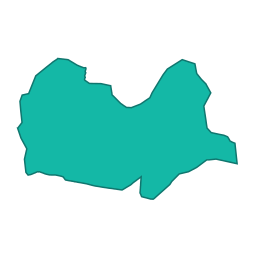 the district of Tosoncengel, Dzavhan, Mongolia, rotated 272°
{"feature_id": "93677404B60721538910841", "entity_name": "Tosoncengel", "entity_type": "district", "adm_level": 2, "iso_a3": "MNG", "parent_name": "Mongolia", "parent_adm1": "Dzavhan", "projection": "equal_earth", "projection_center": [98.252, 48.497], "detail": "fine", "context": "isolated", "style": "filled", "palette": "teal", "viewbox_px": 256, "rotation_deg": 272, "n_neighbors": 0, "source": "geoboundaries", "source_scale": "gbopen_adm2", "svg_char_len": 4609}
<svg xmlns="http://www.w3.org/2000/svg" viewBox="0 0 256 256"><g transform="rotate(272 128 128)"><path d="M198.2,179.8L188.3,165.3L182.4,161.2L164.1,150.9L159.0,148.8L155.2,143.5L154.9,143.2L152.3,139.6L149.3,132.6L149.0,132.0L149.0,131.8L148.6,131.1L148.6,130.9L148.4,130.7L148.5,129.1L148.5,128.1L148.5,127.9L148.5,127.5L148.5,127.3L148.5,126.1L148.5,125.9L148.5,125.7L148.9,125.1L149.1,124.8L149.4,124.4L149.5,124.2L149.7,123.8L150.6,122.4L151.5,121.1L151.6,120.9L152.2,119.9L154.5,117.4L154.9,117.0L155.1,116.8L156.9,114.9L157.0,114.8L157.1,114.6L157.3,114.5L159.8,111.8L160.0,111.5L160.5,111.0L160.7,110.9L161.2,110.8L161.8,110.7L162.2,110.7L163.5,110.4L164.4,110.2L164.7,110.2L165.0,110.1L168.6,109.4L168.8,109.4L169.7,109.2L169.7,108.8L171.4,99.4L171.2,90.1L171.2,89.9L171.2,87.9L171.7,87.0L172.1,86.5L172.2,86.3L172.7,85.5L172.8,85.4L173.0,85.0L173.5,84.3L173.6,84.2L173.9,83.7L174.0,83.5L174.2,83.3L174.3,83.1L174.5,83.0L174.9,82.9L175.1,82.9L175.3,82.9L175.5,83.0L175.8,83.0L176.0,83.0L176.4,83.2L176.6,83.3L176.8,83.4L176.9,83.5L177.0,83.5L177.3,83.5L177.4,83.4L177.5,83.3L177.6,83.2L177.8,83.0L178.0,83.0L178.4,83.0L178.6,83.0L178.8,82.9L179.1,82.9L179.3,83.0L179.5,83.1L179.8,83.2L180.0,83.3L180.5,83.4L180.8,83.6L181.3,83.7L181.5,83.7L181.7,83.8L181.9,83.8L182.0,83.6L182.5,83.3L182.8,83.3L183.1,83.3L183.4,83.4L183.7,83.4L183.9,83.4L184.2,83.5L184.7,83.7L185.3,83.8L185.7,83.9L185.8,83.9L186.2,83.8L186.5,83.7L186.8,83.6L186.8,83.4L186.7,82.9L186.7,82.6L186.6,81.9L186.6,81.7L186.8,81.1L186.9,80.9L187.1,80.3L187.2,80.0L187.3,79.6L187.4,79.4L187.5,79.0L187.7,78.5L187.8,78.3L187.9,78.1L188.0,77.6L188.1,77.3L188.4,76.6L188.5,76.4L188.9,75.3L188.9,75.2L191.3,70.9L191.4,70.7L191.5,70.6L191.6,70.4L191.7,70.2L192.0,69.6L192.5,68.7L192.9,68.0L193.6,66.8L193.7,66.7L193.9,66.2L194.2,65.7L194.2,65.4L194.4,63.5L194.4,63.3L194.5,61.7L194.6,60.9L194.6,60.6L194.7,59.4L194.8,58.2L194.8,57.3L194.9,57.2L194.9,56.9L195.0,55.6L194.9,55.6L194.7,55.2L194.3,54.7L193.2,53.2L192.9,52.8L192.8,52.6L191.9,51.4L191.7,51.1L191.5,50.8L188.9,47.9L188.7,47.5L188.3,47.1L188.1,47.0L187.4,46.0L187.2,45.9L186.1,44.5L185.9,44.3L177.0,34.1L176.9,34.0L158.9,27.5L157.2,21.1L150.9,19.1L141.8,20.2L129.8,21.9L124.0,17.8L124.0,17.7L114.2,21.4L103.7,27.6L93.2,25.6L80.3,27.5L80.2,27.5L79.9,27.8L79.4,28.1L79.1,28.3L78.7,28.8L78.4,29.0L78.0,29.3L77.8,29.4L77.7,29.5L77.5,29.8L77.6,30.1L77.6,30.4L77.8,31.1L77.9,31.7L78.2,32.7L78.8,34.1L79.7,36.0L79.9,36.6L80.1,37.0L80.4,37.5L80.9,38.6L81.0,38.9L81.0,39.0L81.2,39.4L81.2,39.6L81.1,39.8L81.0,40.1L81.0,40.3L81.1,40.5L81.2,40.9L81.2,41.0L80.1,44.5L79.7,45.6L79.6,45.9L79.3,46.7L79.3,47.0L79.1,47.5L79.0,47.8L79.0,48.0L78.5,50.6L78.4,51.3L78.4,52.0L78.4,53.1L78.4,53.7L78.4,54.2L78.4,54.6L78.5,55.7L78.5,55.8L78.5,56.0L78.5,56.6L78.5,57.0L78.5,57.3L77.9,60.8L77.4,63.4L76.8,64.9L76.8,65.0L76.6,65.2L75.5,66.0L74.7,66.6L74.5,66.8L73.9,67.3L73.3,70.8L73.0,73.6L72.9,73.7L72.9,74.1L72.6,76.1L72.6,76.3L72.5,77.0L72.4,77.0L72.4,77.6L72.3,78.2L72.2,79.0L72.1,79.4L72.0,79.9L71.7,82.5L71.1,86.4L70.8,88.5L69.6,93.7L69.3,95.1L68.9,97.2L68.4,101.6L68.3,102.1L68.1,103.5L67.8,106.0L67.8,106.4L67.7,106.7L67.6,108.4L67.5,108.6L67.5,108.9L67.5,109.1L67.4,109.5L67.2,111.4L67.2,111.6L67.1,112.4L67.1,112.6L67.1,112.8L67.1,113.0L66.9,114.6L66.9,114.8L66.8,115.7L66.8,115.9L66.7,116.0L66.5,118.6L66.4,119.2L66.4,119.5L66.3,119.8L66.3,120.0L66.3,120.4L66.2,120.9L66.2,121.1L66.0,122.8L65.9,124.1L65.9,124.3L67.7,127.2L67.9,127.4L71.3,132.7L74.1,135.7L74.2,136.0L74.5,136.3L75.3,137.3L75.8,138.0L76.0,138.1L77.2,139.7L77.3,139.8L77.9,140.5L78.5,141.3L78.6,141.5L78.8,141.7L78.9,141.8L79.5,142.5L79.8,142.9L79.5,142.9L78.1,142.8L77.7,142.8L72.8,142.6L70.5,142.6L70.0,142.5L69.5,142.5L69.3,142.5L69.1,142.5L68.8,142.5L68.5,142.5L66.5,142.4L65.5,142.4L65.3,142.4L65.0,142.4L64.7,142.3L63.8,142.3L63.5,142.3L62.2,143.0L61.5,143.3L61.3,143.4L61.2,143.4L59.9,144.0L59.8,144.3L59.7,144.9L59.6,145.1L59.6,145.4L59.5,145.6L59.4,146.0L59.0,147.8L59.0,148.0L58.5,150.1L57.8,153.1L57.8,153.9L57.8,155.8L58.2,156.3L58.3,156.4L59.0,157.2L60.0,158.2L73.0,171.8L76.1,173.6L83.9,180.8L86.4,190.0L91.0,198.0L98.9,207.8L99.0,210.1L100.0,217.1L96.1,238.3L116.5,235.4L117.4,232.9L118.6,230.4L121.3,228.8L122.7,227.8L124.1,224.1L124.8,219.7L126.3,211.3L130.7,207.0L135.5,206.1L136.7,205.9L137.2,205.8L137.9,205.7L148.1,203.8L152.6,203.0L159.4,206.3L159.5,206.4L162.5,207.8L166.0,209.5L174.2,204.6L174.5,204.5L174.7,204.4L177.7,201.2L179.1,199.7L181.3,197.8L184.8,194.8L189.5,193.7L191.9,193.2L192.0,193.2L194.5,192.6L196.2,186.6L198.2,179.8L198.2,179.8Z" fill="#14b8a6" stroke="#0f766e" stroke-width="1.5"/></g></svg>